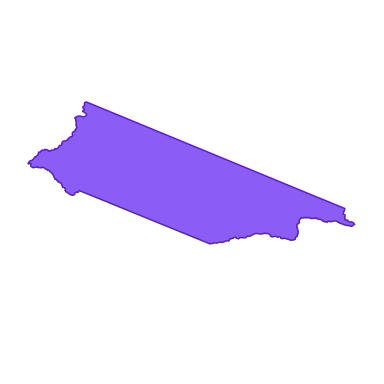 Chos Malal, Neuquén, Argentina, rotated 111°
{"feature_id": "61730980B85751419294070", "entity_name": "Chos Malal", "entity_type": "district", "adm_level": 2, "iso_a3": "ARG", "parent_name": "Argentina", "parent_adm1": "Neuquén", "projection": "mercator", "projection_center": [-70.248, -36.806], "detail": "fine", "context": "isolated", "style": "filled", "palette": "violet", "viewbox_px": 384, "rotation_deg": 111, "n_neighbors": 0, "source": "geoboundaries", "source_scale": "gbopen_adm2", "svg_char_len": 5900}
<svg xmlns="http://www.w3.org/2000/svg" viewBox="0 0 384 384"><g transform="rotate(111 192 192)"><path d="M145.8,323.0L146.1,323.2L147.0,324.2L148.2,324.1L149.7,323.3L150.0,323.3L151.0,324.1L151.6,324.3L152.3,324.1L152.7,323.7L152.9,323.5L153.3,322.4L153.7,322.0L154.1,322.1L155.3,323.0L155.7,323.1L156.1,322.6L155.7,322.1L156.4,320.8L156.7,319.1L157.2,318.3L157.7,318.1L158.4,318.2L159.5,318.8L160.1,319.2L160.5,319.7L160.8,320.2L161.0,321.3L161.0,322.8L161.1,323.5L161.7,324.6L161.9,325.5L162.8,326.6L163.2,326.9L163.8,327.0L164.1,327.2L164.3,327.7L164.7,327.9L165.1,327.8L165.1,327.5L165.4,327.0L166.0,326.5L167.0,326.2L167.3,326.0L167.5,325.5L167.7,325.2L169.4,324.8L170.4,324.2L170.6,324.1L171.1,324.4L172.2,323.1L173.0,322.7L173.3,322.6L173.9,323.0L174.5,322.9L175.8,323.3L176.2,323.1L176.2,322.9L176.4,322.8L176.7,322.8L177.0,323.0L177.4,323.7L177.9,324.0L179.3,324.9L180.0,324.7L180.5,324.7L181.2,324.4L181.8,323.8L182.5,323.5L183.5,324.4L184.1,325.3L185.5,325.9L185.7,326.3L186.2,326.7L186.9,326.7L187.3,326.5L187.8,326.7L188.2,326.9L188.5,327.6L189.3,328.0L189.7,328.5L190.4,330.0L191.2,330.7L192.0,331.0L192.7,331.0L193.2,331.0L194.4,330.6L194.7,330.6L195.5,331.2L196.1,332.4L197.4,332.5L198.5,332.8L200.1,333.7L200.4,334.2L200.5,334.7L200.4,335.2L200.6,335.5L200.9,335.7L202.1,335.7L202.3,335.8L203.1,338.0L204.2,339.0L204.5,339.4L204.8,339.6L205.2,340.0L205.2,340.3L204.7,340.4L204.6,340.7L204.7,341.2L204.5,343.1L205.0,344.1L205.1,344.7L205.9,345.2L206.3,345.9L206.5,346.1L206.4,346.6L206.6,346.9L207.7,347.6L209.2,348.1L209.4,348.3L209.6,349.3L210.9,349.4L211.7,349.1L212.8,349.3L213.2,349.7L213.6,349.8L215.0,350.4L215.4,351.2L216.5,351.6L217.8,351.7L220.1,353.0L220.8,354.1L221.6,354.8L222.3,354.8L223.3,355.2L224.1,355.3L224.3,354.4L223.6,353.7L223.2,353.0L223.5,352.4L223.9,352.4L224.0,352.2L225.3,351.8L226.0,351.4L226.0,350.7L226.3,349.1L226.0,348.3L225.3,347.6L224.9,346.9L224.6,346.3L224.4,346.2L224.2,345.7L224.1,345.3L224.3,345.1L224.1,344.8L224.3,344.4L224.0,344.0L224.0,343.1L223.7,342.8L223.7,342.3L223.6,342.2L223.6,341.8L223.2,341.6L223.2,340.9L222.6,340.5L222.4,340.2L222.5,339.9L222.3,339.5L222.4,338.4L222.6,338.2L223.0,337.0L223.0,336.4L222.9,335.9L223.1,335.4L223.4,335.0L223.1,334.6L223.4,334.2L223.2,333.6L223.2,332.7L223.5,332.2L224.0,331.7L224.1,331.4L224.1,330.8L224.5,329.9L225.1,329.0L225.5,328.2L225.8,327.8L226.1,327.3L226.3,327.3L226.7,326.8L228.1,325.6L228.6,325.0L228.9,324.2L229.1,324.2L228.8,323.5L228.8,323.3L229.3,322.9L229.6,322.0L229.5,321.7L229.6,321.4L229.9,321.2L230.1,321.3L230.5,320.8L230.7,317.5L231.4,316.7L231.5,316.2L232.3,315.9L233.5,314.8L233.7,314.7L233.9,314.5L233.9,314.1L233.7,313.7L233.8,313.5L234.0,311.9L234.8,311.2L235.8,311.2L236.1,311.0L236.6,310.1L236.9,310.0L237.5,306.9L237.8,306.2L237.9,305.7L237.8,305.2L238.2,304.3L238.2,303.8L237.8,302.7L238.0,302.4L237.9,302.1L237.2,301.6L236.6,300.8L236.1,300.7L234.8,301.0L233.5,299.8L233.4,299.0L232.8,298.0L231.7,297.9L231.1,297.7L234.0,156.8L233.8,156.8L233.1,155.1L232.8,154.5L232.3,154.0L232.2,153.6L231.4,153.2L231.2,152.6L231.1,151.4L230.5,150.1L230.2,149.6L229.2,148.7L228.7,147.6L228.5,146.2L227.8,145.5L227.4,144.4L226.1,143.5L224.6,140.8L224.6,140.2L224.0,139.9L222.5,140.1L221.7,139.0L221.7,138.6L221.5,138.2L221.1,138.1L220.9,137.9L220.5,137.0L219.4,136.5L218.9,135.8L218.9,135.3L219.0,135.1L219.1,134.7L218.9,134.3L219.2,133.2L219.1,132.4L218.9,131.8L218.7,131.6L217.7,131.0L217.4,130.7L216.7,129.1L216.7,128.7L216.3,128.0L216.2,127.4L216.1,126.9L215.8,126.1L215.4,125.5L214.7,125.0L213.8,124.8L213.5,124.6L213.1,123.9L212.8,122.4L212.4,121.8L211.9,121.4L211.0,120.9L209.3,119.1L209.0,119.1L207.8,117.5L207.4,115.8L207.1,115.3L206.8,113.1L206.3,112.1L205.4,110.7L205.3,110.3L204.9,110.0L204.9,109.7L204.2,109.0L204.3,108.5L204.1,107.7L204.1,107.3L204.0,107.1L203.6,106.8L203.6,106.3L203.7,104.5L204.5,103.2L204.9,102.9L205.0,102.7L204.9,102.6L205.3,101.7L204.9,100.4L203.9,99.1L203.5,98.3L203.3,97.5L203.6,96.7L203.4,95.5L203.0,95.2L202.5,94.5L202.3,93.8L202.4,93.4L202.5,93.2L203.3,92.5L203.3,91.8L203.1,91.2L203.2,90.9L202.9,90.6L202.4,89.5L201.9,88.9L202.0,87.8L201.7,86.7L201.8,86.0L201.8,85.6L201.6,85.3L201.7,83.9L201.6,83.4L201.6,82.7L201.5,82.3L201.6,81.9L201.1,81.5L200.7,80.7L200.3,80.2L200.4,79.9L199.1,78.7L198.7,78.8L197.7,79.2L197.2,78.8L196.7,78.7L196.2,78.7L195.6,77.9L194.7,78.1L194.0,78.1L193.8,78.1L193.7,78.4L193.5,78.5L193.4,78.3L192.8,78.1L190.7,78.7L190.2,79.0L190.0,79.4L188.1,80.5L187.7,81.0L187.6,81.4L187.3,81.6L186.3,81.6L186.1,82.2L185.4,82.2L185.0,82.4L184.7,82.2L184.5,82.3L184.3,82.2L183.9,81.7L183.6,81.7L183.4,81.3L182.8,81.1L182.6,80.9L182.0,80.8L181.3,81.4L180.7,81.6L179.3,81.6L178.5,81.3L177.6,81.3L176.9,80.9L176.9,80.6L177.0,80.4L176.6,79.4L176.6,79.1L175.5,77.7L175.4,77.3L175.6,77.1L175.5,76.8L175.1,76.5L175.0,76.1L175.1,75.9L174.8,75.5L174.7,75.2L174.4,75.0L174.5,74.7L174.1,74.2L174.1,73.8L174.2,73.5L173.8,73.2L174.0,73.1L174.0,72.9L173.9,72.8L174.2,71.5L173.1,69.2L172.6,68.7L172.5,68.2L172.7,67.8L171.9,67.3L171.8,65.8L172.2,65.7L172.1,64.6L171.6,62.8L171.6,62.1L171.9,59.9L172.4,59.3L172.4,59.0L172.0,58.6L171.8,58.1L172.1,57.5L172.3,57.2L172.3,56.9L171.8,56.6L171.8,56.3L171.7,55.8L171.9,55.0L171.2,54.8L170.8,54.6L170.2,53.8L170.5,53.2L170.3,52.7L169.8,52.3L169.7,51.0L169.2,50.6L168.7,49.7L167.8,48.5L167.6,48.0L167.5,45.8L167.9,44.8L168.1,43.2L168.0,38.3L167.8,35.6L167.3,34.4L167.4,33.9L167.0,33.3L167.0,30.8L166.3,30.1L163.9,28.7L163.6,29.3L163.2,29.7L163.0,29.9L163.0,30.5L162.8,31.1L162.6,32.1L162.6,32.3L163.3,33.2L163.5,34.8L163.4,35.4L162.9,36.1L162.6,36.3L162.7,37.0L162.6,37.4L162.9,37.9L162.9,39.3L162.8,39.5L162.2,39.8L161.8,39.7L161.4,40.2L160.6,40.2L160.3,40.4L159.5,40.4L159.2,40.5L158.5,41.1L158.5,42.3L158.4,42.8L158.1,42.9L157.9,43.2L157.6,43.4L156.2,43.0L155.8,43.1L155.3,43.4L155.0,43.4L154.3,43.0L153.8,43.0L152.7,43.5L145.8,323.0Z" fill="#8b5cf6" stroke="#5b21b6" stroke-width="1.5"/></g></svg>